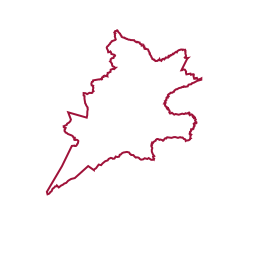 Sullana, Piura, Peru, rotated 27°
{"feature_id": "86281439B8738296483293", "entity_name": "Sullana", "entity_type": "district", "adm_level": 2, "iso_a3": "PER", "parent_name": "Peru", "parent_adm1": "Piura", "projection": "mercator", "projection_center": [-80.584, -4.688], "detail": "fine", "context": "isolated", "style": "outline", "palette": "rose", "viewbox_px": 256, "rotation_deg": 27, "n_neighbors": 0, "source": "geoboundaries", "source_scale": "gbopen_adm2", "svg_char_len": 5670}
<svg xmlns="http://www.w3.org/2000/svg" viewBox="0 0 256 256"><g transform="rotate(27 128 128)"><path d="M175.4,86.5L173.9,88.5L172.5,88.8L172.3,89.5L171.5,90.2L169.8,90.6L167.2,93.1L164.1,93.9L163.1,95.1L160.2,94.5L159.6,95.5L158.8,96.0L157.6,95.2L157.7,94.3L156.8,93.5L156.1,93.3L155.4,92.6L154.9,92.6L154.5,91.9L154.0,92.0L154.1,93.0L153.1,92.4L153.2,91.8L150.9,91.3L150.1,89.8L149.4,89.9L149.6,89.4L149.3,89.2L149.9,88.5L149.3,88.3L149.4,87.6L148.9,87.3L149.2,87.0L149.0,86.7L149.1,85.6L149.4,85.5L148.6,83.6L149.6,82.9L148.9,82.1L149.1,81.5L149.4,81.4L149.6,81.8L149.9,81.4L148.6,80.4L148.9,79.4L150.0,77.8L149.9,77.3L151.6,76.3L152.1,74.8L152.5,74.7L152.4,73.4L153.4,71.5L154.1,71.2L155.2,69.4L157.3,67.6L157.5,67.0L158.6,66.4L158.6,65.9L159.1,66.0L159.5,65.3L160.3,65.3L162.3,63.8L162.3,61.9L163.8,60.7L164.2,60.6L164.6,60.1L164.6,59.2L166.2,57.6L168.3,54.5L171.4,51.7L170.8,50.5L170.2,51.4L168.3,53.1L167.3,52.9L166.6,52.1L165.6,52.8L165.4,53.7L164.6,54.1L162.7,51.9L162.6,50.8L162.2,50.4L161.6,50.5L159.9,52.0L159.0,51.2L155.7,53.7L154.6,52.6L154.1,51.3L152.2,50.2L151.0,50.6L150.2,51.2L150.0,51.9L149.4,52.3L149.3,39.6L149.7,38.4L148.9,39.0L148.0,38.9L147.1,39.6L146.6,39.4L147.1,38.2L147.1,37.5L145.3,35.6L144.9,34.5L144.3,34.1L144.3,33.2L143.4,32.4L143.2,32.6L141.6,33.1L141.3,33.7L140.7,33.5L139.6,34.0L137.8,35.8L137.1,37.2L137.2,38.4L136.2,38.4L135.2,40.3L135.0,41.5L134.2,41.6L134.2,42.3L133.6,43.3L133.1,43.5L133.1,44.2L132.1,44.7L132.4,45.5L132.3,45.8L131.5,45.7L131.7,47.1L129.7,48.0L129.8,48.9L129.2,49.4L129.2,50.1L128.7,49.9L127.7,50.7L127.7,51.2L127.3,51.3L127.1,51.8L127.2,53.0L125.3,52.9L124.9,52.5L124.9,53.4L124.2,53.5L123.8,54.8L122.0,55.9L120.5,55.2L120.1,55.5L119.8,55.3L118.5,55.5L118.3,55.1L116.9,54.4L116.2,53.6L114.2,52.5L113.8,51.8L113.4,51.9L113.0,51.0L111.6,50.3L111.2,49.7L110.0,48.9L109.0,49.2L107.9,49.2L108.0,49.5L107.5,49.8L106.8,49.9L106.4,49.2L106.2,49.3L105.4,48.7L105.4,47.9L104.9,47.9L104.3,47.3L104.2,47.8L103.2,47.9L102.8,48.3L102.2,47.2L101.4,47.6L100.7,47.6L99.9,46.9L99.8,47.1L98.8,46.7L97.2,47.0L96.9,47.2L97.0,47.6L96.7,47.7L96.3,47.4L95.7,47.7L94.2,47.4L93.6,47.0L90.3,48.5L89.5,48.5L88.2,49.1L86.7,49.0L86.1,49.4L85.1,49.1L84.4,49.4L83.8,49.1L83.1,49.5L81.2,49.7L80.6,49.5L80.1,48.7L78.8,48.3L78.2,47.6L75.8,46.9L74.6,46.0L73.9,45.9L73.4,47.1L72.6,47.4L72.5,49.2L73.8,49.4L73.6,50.5L74.5,51.5L74.6,52.3L76.9,54.7L76.7,55.3L74.1,58.1L74.2,58.7L73.6,60.2L73.8,61.1L73.2,62.5L73.1,63.7L72.5,64.8L72.5,65.9L73.1,66.7L74.9,68.0L76.0,69.5L77.0,68.8L77.5,67.8L78.5,68.3L79.6,69.6L82.3,69.0L83.5,69.2L83.6,70.1L83.0,71.0L83.3,72.2L81.9,73.2L81.4,74.6L82.2,76.4L81.9,76.8L83.6,77.4L83.8,77.7L84.7,78.1L85.0,78.9L86.2,79.9L87.9,79.8L89.0,80.3L89.6,80.0L88.9,81.9L87.8,82.1L86.1,83.9L86.9,86.0L86.2,86.6L85.8,87.5L84.9,88.1L85.5,89.6L85.3,90.1L86.2,91.3L85.4,91.4L84.7,91.9L83.5,91.9L82.7,92.7L82.6,93.1L83.0,93.7L82.0,94.5L82.0,95.4L82.7,96.2L82.5,96.7L81.1,97.0L80.7,97.6L79.7,98.1L75.3,101.4L75.7,102.5L74.9,103.4L75.3,105.3L76.3,106.5L77.0,106.2L77.9,106.2L78.1,107.3L78.9,107.9L79.4,110.1L80.6,110.8L80.1,111.7L80.2,112.8L79.8,113.3L77.6,114.2L76.2,116.4L74.4,116.3L72.6,117.0L73.7,119.2L74.8,119.3L75.8,121.5L78.8,125.6L79.6,125.9L80.6,126.9L82.7,128.0L82.8,128.6L83.6,129.4L84.3,131.8L85.8,134.9L86.5,137.5L67.6,141.2L73.3,146.4L73.5,148.2L73.0,149.9L71.8,151.8L72.0,153.0L69.9,155.6L70.3,155.9L70.4,156.4L71.0,156.6L72.4,156.3L72.5,157.8L72.3,158.6L73.1,159.7L73.6,159.7L74.5,160.4L75.7,160.2L76.9,160.6L78.1,160.5L81.3,160.2L82.7,160.4L83.6,161.2L85.0,160.8L85.3,161.4L85.1,162.4L85.5,162.9L86.2,162.8L87.6,161.8L88.5,161.7L89.6,162.1L89.9,162.9L90.3,164.7L90.0,165.3L90.1,166.7L89.7,167.7L88.7,168.2L88.3,168.0L86.1,169.5L86.5,192.0L84.7,221.7L86.4,223.6L87.4,222.5L87.8,221.4L87.9,220.2L88.6,219.2L88.4,216.4L89.3,214.6L89.6,213.1L90.7,212.4L90.7,211.5L93.3,212.4L94.5,209.7L95.8,208.0L96.4,206.5L97.9,204.9L98.5,202.5L99.2,201.2L100.5,199.2L103.3,196.8L109.8,180.0L116.7,181.0L116.5,180.6L117.8,178.3L118.5,173.9L120.9,173.3L121.4,171.1L122.8,167.9L124.6,166.1L124.8,164.3L126.3,162.4L127.9,162.1L128.4,162.3L129.8,161.4L130.0,159.0L131.5,158.8L133.0,157.7L133.1,157.2L132.8,155.6L133.5,155.1L134.2,153.0L135.1,151.9L137.9,149.8L140.2,149.3L141.6,150.3L142.3,150.2L143.1,150.6L145.1,149.7L146.9,150.5L148.5,150.8L149.0,150.2L150.4,149.7L151.4,149.7L152.5,150.2L154.0,150.3L155.7,149.1L156.6,147.4L159.3,146.8L160.1,145.4L163.1,145.8L164.3,145.2L164.9,144.4L165.4,144.5L165.2,143.5L164.5,143.5L163.3,142.1L164.1,141.1L162.2,140.2L160.0,138.3L159.0,136.5L159.0,135.5L158.4,134.4L157.3,133.9L156.9,133.2L157.1,132.7L156.6,132.5L156.8,131.5L156.5,131.6L156.2,131.2L156.1,129.9L157.0,129.9L157.3,128.4L158.4,126.7L158.2,125.9L158.9,124.6L159.8,124.2L161.4,124.3L161.8,123.7L163.9,123.2L164.9,123.5L165.2,123.2L165.6,120.7L166.0,120.1L166.8,120.0L167.1,118.5L171.3,117.0L173.0,115.3L174.3,114.6L177.0,114.1L178.6,112.5L179.7,112.4L181.0,111.7L182.7,112.4L183.7,112.1L184.4,112.3L185.3,113.3L185.6,112.8L187.6,111.4L188.4,109.9L188.2,109.0L188.4,108.8L188.0,108.7L188.0,108.2L187.2,106.8L187.3,106.3L187.1,106.0L187.3,105.4L186.2,105.5L186.3,105.0L185.8,104.9L186.0,104.5L185.7,104.1L185.3,104.1L185.0,103.3L185.5,102.1L184.8,100.5L185.8,99.9L186.0,99.3L186.4,99.6L186.6,99.2L186.2,98.7L186.5,97.9L186.0,96.9L186.4,95.8L185.7,95.3L185.6,94.7L185.2,94.9L185.0,94.5L184.7,94.4L185.0,93.4L186.4,93.1L186.7,92.4L186.3,91.8L185.7,91.8L184.8,91.0L184.4,91.0L184.2,90.5L184.5,89.7L183.3,89.0L183.0,88.3L182.1,88.0L182.5,88.9L182.2,89.2L181.9,88.6L180.9,88.7L180.7,88.2L179.9,88.0L179.4,87.1L178.5,87.0L177.7,87.6L177.3,88.5L176.4,88.1L175.8,87.3L175.9,86.7L175.4,86.5Z" fill="none" stroke="#9f1239" stroke-width="2"/></g></svg>